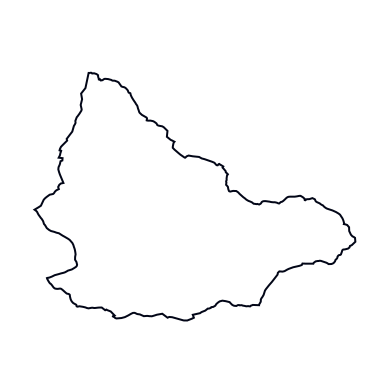 outline of Abrud, Alba, Romania, rotated 175°
{"feature_id": "2599482B81396350140690", "entity_name": "Abrud", "entity_type": "district", "adm_level": 2, "iso_a3": "ROU", "parent_name": "Romania", "parent_adm1": "Alba", "projection": "equal_earth", "projection_center": [23.059, 46.267], "detail": "fine", "context": "isolated", "style": "outline", "palette": "ink", "viewbox_px": 384, "rotation_deg": 175, "n_neighbors": 0, "source": "geoboundaries", "source_scale": "gbopen_adm2", "svg_char_len": 5964}
<svg xmlns="http://www.w3.org/2000/svg" viewBox="0 0 384 384"><g transform="rotate(175 192 192)"><path d="M284.6,319.6L289.1,304.8L293.9,299.7L293.4,294.0L295.3,288.4L294.7,283.9L295.1,282.7L297.3,279.8L299.3,277.5L300.3,276.5L302.0,273.0L302.0,271.0L302.7,269.7L303.9,268.1L306.0,262.6L308.4,260.0L312.2,255.8L311.9,254.1L317.5,249.4L318.6,248.4L319.8,246.4L320.3,245.0L319.6,244.7L318.8,244.6L318.7,244.5L319.7,242.2L320.4,240.0L321.8,237.8L318.0,237.0L318.4,234.7L320.3,234.1L321.1,231.5L321.7,230.2L322.6,228.7L322.9,227.8L323.2,226.1L322.7,223.4L322.1,221.0L319.3,212.2L321.9,211.9L323.6,210.7L324.9,208.6L324.4,206.5L326.8,205.6L327.7,205.0L328.6,204.2L329.3,203.2L329.9,202.6L330.4,202.2L331.5,202.0L334.0,201.7L337.3,199.7L339.0,198.5L340.4,197.2L343.7,191.5L345.7,190.4L350.4,188.1L348.8,186.7L348.0,185.6L347.5,184.2L346.9,182.8L344.7,179.1L344.1,178.4L343.8,177.7L343.2,176.7L342.8,175.7L342.5,174.3L342.3,173.3L342.1,172.8L341.8,172.5L341.2,171.6L339.8,168.7L339.4,168.3L337.6,166.6L335.8,165.4L332.7,164.3L330.6,163.3L328.2,162.5L324.7,159.8L322.9,158.6L319.4,156.1L318.0,154.9L315.6,151.6L314.8,149.5L314.4,147.5L314.0,146.1L313.7,144.5L313.5,142.3L313.4,140.0L314.1,137.5L314.4,134.7L313.2,132.3L312.8,129.5L313.3,128.3L314.0,127.6L315.8,126.6L318.5,125.3L322.4,124.5L323.8,123.8L325.0,123.3L325.7,123.0L327.1,122.7L329.7,122.3L332.1,121.8L336.0,121.1L338.8,120.0L341.5,119.2L343.6,119.0L344.0,118.9L343.9,118.3L343.0,116.2L342.1,114.4L341.5,113.4L340.7,112.8L339.8,111.6L338.3,109.1L337.8,108.5L336.8,107.7L335.1,107.3L333.8,107.2L331.9,107.3L331.1,107.1L330.6,106.8L329.4,105.7L326.8,102.9L325.7,101.8L324.6,101.4L323.8,101.2L323.0,100.6L322.7,100.1L322.7,98.6L322.3,96.0L322.0,95.0L321.3,93.4L320.0,91.7L317.2,89.8L317.0,89.4L316.9,88.2L316.3,87.8L315.4,87.8L314.2,88.0L310.6,87.1L308.2,86.3L306.6,85.5L305.8,85.3L305.2,85.1L302.4,85.4L301.3,85.4L299.7,85.0L298.7,84.9L295.2,85.0L292.0,84.8L288.8,81.8L287.7,82.3L287.4,82.3L287.1,81.9L283.4,80.1L279.9,75.8L281.2,75.6L281.6,74.9L280.2,74.0L279.4,73.1L278.2,72.6L273.3,72.6L269.8,73.2L266.0,74.7L263.5,75.9L261.4,76.7L259.6,76.6L257.2,75.2L254.6,74.6L250.8,72.5L247.5,72.5L245.1,72.0L242.8,71.7L240.3,72.2L237.7,72.8L232.2,73.3L227.3,68.9L225.6,69.5L222.7,69.0L211.6,64.8L208.0,64.4L203.1,65.8L201.1,66.6L201.9,69.6L194.5,70.6L193.1,71.5L189.1,72.7L186.4,74.5L185.3,74.4L183.4,74.9L182.8,75.6L180.8,75.7L178.7,76.7L177.5,78.3L175.6,79.7L174.0,80.6L171.2,81.1L167.9,80.3L164.1,79.0L163.5,78.1L161.7,76.0L160.9,75.5L160.0,75.0L157.8,74.6L156.2,75.3L155.0,75.3L154.6,75.0L152.3,74.9L151.3,74.4L149.4,73.9L147.9,73.4L145.9,73.4L144.8,73.1L144.0,73.0L143.4,73.6L142.5,73.8L141.3,74.2L135.1,73.4L135.1,73.8L133.2,76.5L132.9,77.5L132.9,78.5L132.3,79.8L131.0,81.3L129.6,83.3L127.9,87.4L126.8,88.8L123.4,92.4L120.2,95.5L114.0,102.2L113.5,104.0L111.9,105.3L108.7,104.8L106.7,105.1L103.9,106.4L102.3,107.0L97.8,108.2L91.3,109.1L89.0,109.7L88.2,111.1L85.8,110.8L77.4,110.0L77.0,110.8L74.9,112.1L72.8,112.3L71.8,112.2L71.0,112.4L69.7,112.2L64.2,109.8L63.3,109.2L62.9,108.9L62.3,108.3L59.3,108.1L57.5,108.7L56.9,109.1L55.6,110.4L55.0,111.8L53.4,113.1L53.0,113.7L52.6,115.0L51.8,115.9L51.1,116.3L49.8,116.4L49.1,116.8L47.9,119.4L47.5,120.5L47.1,121.1L46.4,121.5L44.7,121.5L41.5,122.0L40.0,123.0L39.3,124.5L37.5,125.1L33.6,128.2L33.6,132.1L34.9,133.2L36.0,133.8L37.4,135.6L38.8,139.4L38.6,143.2L40.3,145.6L42.1,146.4L43.5,146.8L43.2,147.6L43.7,150.4L44.4,152.6L45.8,155.2L46.5,156.5L47.8,157.7L50.3,159.5L53.7,161.4L57.9,163.2L59.4,163.9L60.8,165.0L61.9,166.1L62.7,167.2L63.9,167.9L65.1,168.8L65.7,169.5L68.4,171.0L69.3,171.7L69.7,172.3L70.0,173.2L70.1,173.8L70.7,174.3L72.6,175.4L75.5,174.7L76.6,174.7L77.8,174.8L78.9,174.7L79.3,174.2L79.8,173.9L80.4,174.1L80.5,174.8L80.5,175.5L81.3,176.4L82.1,177.2L84.2,178.7L85.3,178.8L88.0,178.5L89.9,178.4L94.9,178.8L96.2,178.8L97.4,178.5L98.8,177.6L100.1,176.5L101.8,175.2L103.0,174.5L104.5,174.2L106.1,173.0L106.9,173.1L108.3,173.9L109.5,174.3L110.5,174.6L111.9,174.7L113.2,174.9L114.4,175.2L115.5,175.6L119.5,176.5L120.8,176.6L121.7,176.6L122.5,176.4L123.4,175.9L124.1,174.9L124.6,174.4L126.1,173.7L127.0,174.0L127.9,174.4L128.8,174.3L130.8,174.8L131.5,174.9L132.1,175.4L132.6,175.9L133.2,176.5L135.2,177.6L136.3,178.1L137.4,178.8L138.7,179.8L139.8,181.0L141.4,182.4L144.7,185.9L146.0,187.6L147.8,189.1L151.0,189.5L153.8,189.1L154.7,189.4L155.1,189.8L155.6,191.7L155.7,193.0L155.8,194.0L156.5,195.1L157.4,196.2L156.9,198.5L157.1,199.2L156.9,200.1L156.4,201.0L156.4,202.1L156.2,203.2L155.8,204.9L155.5,205.8L155.2,205.9L154.7,206.5L156.1,208.2L156.6,208.6L156.6,209.4L156.7,209.9L158.3,212.2L159.4,213.6L158.6,214.7L160.9,216.4L161.8,216.9L162.1,217.4L162.4,217.6L163.1,217.4L164.0,216.4L164.6,216.4L165.1,216.6L165.9,217.4L166.8,218.8L167.5,219.4L169.4,220.4L174.8,222.8L176.6,223.6L179.4,224.6L181.9,226.3L188.1,227.5L192.2,228.6L194.2,228.0L195.7,226.8L196.3,226.9L200.3,230.2L202.1,232.0L205.8,235.8L206.9,237.2L207.3,237.7L207.2,238.7L206.6,240.9L206.0,242.7L205.1,243.6L207.6,245.2L208.7,245.8L211.9,248.9L212.2,249.2L211.8,251.4L211.1,255.0L214.5,259.0L215.9,260.0L219.1,260.9L219.9,261.2L220.7,261.7L221.4,263.4L222.5,264.4L223.4,265.2L224.7,266.0L227.4,266.8L228.7,266.8L230.4,267.1L230.9,267.3L230.4,269.2L230.5,269.6L230.9,270.2L235.2,273.2L237.2,275.4L237.6,276.2L238.1,278.5L238.5,279.8L238.8,281.8L239.1,282.9L240.2,284.7L240.6,285.7L242.2,288.5L243.6,291.3L244.5,293.7L244.7,294.9L244.8,295.7L245.0,295.9L246.4,296.5L246.7,297.2L247.1,298.8L248.1,300.2L249.1,301.4L250.2,302.2L252.0,302.8L253.1,303.3L255.6,307.6L256.8,308.4L259.3,309.6L261.6,309.9L262.7,310.7L265.7,311.8L268.5,312.3L269.3,312.3L269.9,312.1L270.6,311.7L271.4,311.2L272.5,311.3L273.0,311.0L273.4,311.3L273.4,311.6L274.0,312.5L274.3,312.5L274.8,312.1L275.0,312.2L275.0,312.9L275.4,314.7L275.5,316.0L275.4,316.5L276.8,317.8L279.2,318.8L279.8,318.8L280.4,318.7L281.2,318.8L281.6,319.4L282.2,319.6L283.0,319.6L283.8,319.5L284.6,319.6Z" fill="none" stroke="#020617" stroke-width="2"/></g></svg>